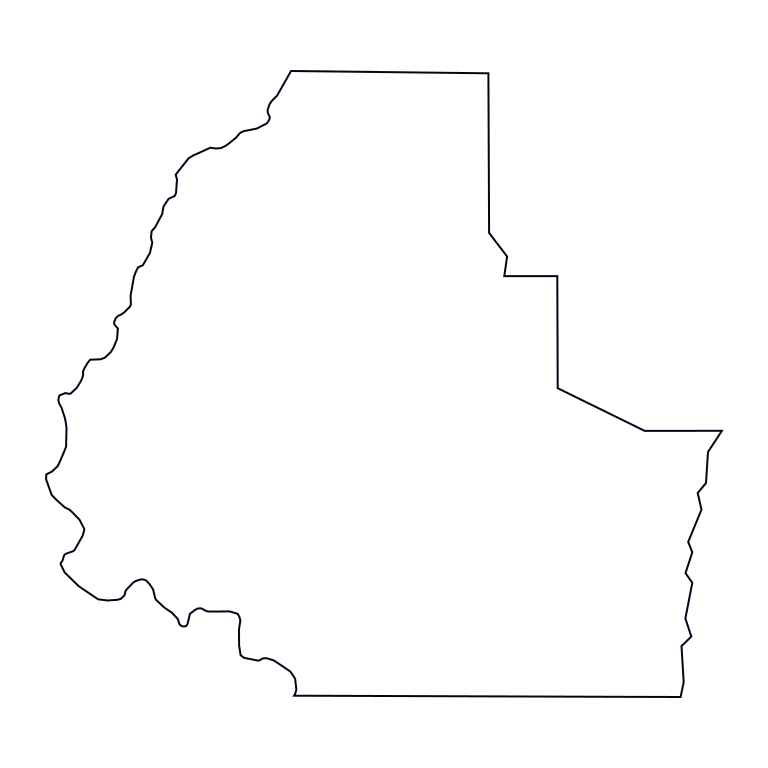 the district of Washington, Idaho, United States of America
{"feature_id": "52423323B25623901104866", "entity_name": "Washington", "entity_type": "district", "adm_level": 2, "iso_a3": "USA", "parent_name": "United States of America", "parent_adm1": "Idaho", "projection": "natural_earth1", "projection_center": [-117.012, 44.496], "detail": "fine", "context": "isolated", "style": "outline", "palette": "ink", "viewbox_px": 768, "rotation_deg": 0, "n_neighbors": 0, "source": "geoboundaries", "source_scale": "gbopen_adm2", "svg_char_len": 2292}
<svg xmlns="http://www.w3.org/2000/svg" viewBox="0 0 768 768"><path d="M62.5,560.7L60.8,562.9L60.6,564.2L64.7,572.5L78.2,585.7L81.8,588.3L98.1,599.3L107.6,600.5L117.4,599.8L120.9,598.8L124.2,595.6L124.8,594.4L125.2,591.9L126.4,589.7L133.5,582.3L135.6,581.1L140.2,579.5L143.1,579.4L145.5,580.2L146.9,581.2L149.6,584.2L152.4,588.3L153.2,589.7L155.1,598.0L156.1,599.9L164.1,607.4L172.0,612.8L177.7,618.9L179.7,624.7L182.2,626.3L184.4,626.5L186.5,625.7L187.6,623.7L189.9,613.9L194.6,610.2L197.4,608.6L200.5,608.3L202.1,608.7L205.8,610.9L208.1,611.5L219.6,611.5L229.7,611.4L237.6,613.8L239.2,616.4L240.4,620.3L239.0,629.2L239.1,645.4L240.6,655.2L243.8,657.6L245.0,658.0L257.9,660.6L259.5,660.3L262.9,658.4L266.6,658.2L273.8,660.4L290.0,671.3L291.9,673.7L295.1,678.8L296.3,688.8L296.1,690.7L295.0,694.2L294.1,695.7L613.5,696.8L680.6,697.0L683.7,682.1L681.5,646.1L691.3,636.6L685.4,618.4L692.3,582.8L685.5,573.1L692.3,552.3L688.2,541.9L701.5,509.6L697.7,493.0L706.0,483.0L708.0,452.0L721.9,430.8L644.7,430.9L557.7,388.2L557.3,276.1L504.3,276.1L507.1,256.5L489.1,232.9L488.4,73.3L291.0,71.0L287.6,77.1L277.1,95.6L271.7,101.0L269.5,104.3L267.7,109.7L267.6,111.5L268.1,113.6L269.7,116.8L269.8,117.8L269.0,120.2L267.0,123.2L265.5,124.1L256.7,128.6L244.0,131.1L241.1,132.3L239.6,133.5L236.1,137.6L229.9,142.7L226.0,145.6L221.0,148.1L215.9,148.5L210.4,147.7L192.9,155.6L188.6,158.3L175.7,174.6L177.0,179.6L176.0,193.2L174.6,196.0L168.6,198.8L163.6,206.3L162.6,211.3L162.4,213.6L155.0,227.5L151.6,231.2L151.0,237.9L152.3,242.7L149.9,253.0L142.8,265.3L138.1,267.3L135.9,271.6L134.0,276.6L130.6,295.5L130.9,304.5L130.0,306.6L124.3,312.3L121.4,314.4L118.2,315.8L115.7,318.3L114.1,322.2L114.3,324.2L117.9,328.7L117.0,339.2L113.4,347.8L111.1,351.7L104.9,357.7L100.5,359.3L90.2,359.7L87.5,363.1L84.3,368.4L83.0,371.6L83.2,374.4L82.4,377.6L81.1,380.7L76.8,387.8L70.6,393.6L69.0,393.8L65.3,393.1L59.7,395.3L59.0,396.6L58.4,399.2L58.5,401.2L59.5,404.2L61.5,407.6L64.8,417.7L65.8,422.5L66.5,427.7L66.1,446.6L63.8,452.5L58.7,464.2L57.6,466.2L52.0,471.5L46.3,474.4L46.1,479.4L51.7,495.0L56.9,500.3L64.8,507.4L69.3,509.6L71.9,511.9L78.8,519.0L79.6,519.9L84.2,528.8L84.2,530.2L82.9,535.1L82.5,536.0L74.5,550.1L72.9,551.3L66.0,553.7L64.8,554.5L64.1,555.4L62.5,560.7Z" fill="none" stroke="#020617" stroke-width="2"/></svg>